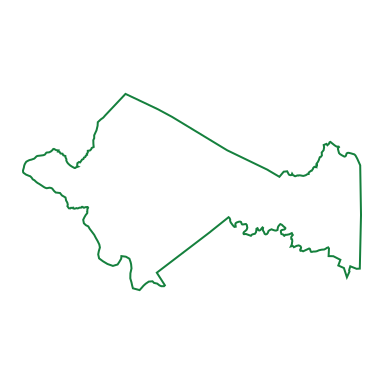 San Bartolo Yautepec, Oaxaca, Mexico
{"feature_id": "50627088B31711328181350", "entity_name": "San Bartolo Yautepec", "entity_type": "district", "adm_level": 2, "iso_a3": "MEX", "parent_name": "Mexico", "parent_adm1": "Oaxaca", "projection": "orthographic", "projection_center": [-95.928, 16.426], "detail": "fine", "context": "isolated", "style": "outline", "palette": "green", "viewbox_px": 384, "rotation_deg": 0, "n_neighbors": 0, "source": "geoboundaries", "source_scale": "gbopen_adm2", "svg_char_len": 5035}
<svg xmlns="http://www.w3.org/2000/svg" viewBox="0 0 384 384"><path d="M360.2,165.3L357.2,158.6L355.5,155.5L354.4,154.4L352.4,153.8L351.1,153.4L348.7,152.8L347.5,152.9L346.6,153.5L345.9,155.7L345.2,156.4L344.4,156.6L342.1,155.4L340.0,154.1L339.0,153.0L337.9,148.9L338.1,148.0L339.0,147.1L338.6,146.6L336.6,146.6L334.7,145.4L332.2,143.4L330.4,141.9L329.7,142.2L329.4,142.5L329.2,143.5L327.4,145.2L326.4,143.9L323.7,145.0L324.1,147.3L323.6,150.2L321.7,152.5L321.9,155.4L320.9,156.8L319.8,157.2L319.1,159.2L318.8,160.1L317.9,161.9L316.5,163.8L316.4,164.6L317.0,164.7L317.0,165.8L315.9,166.5L316.2,167.2L315.3,167.1L314.4,166.8L313.3,167.8L313.0,168.8L311.6,170.8L311.0,170.8L308.7,172.6L308.7,174.0L307.3,174.2L305.8,175.2L303.5,175.9L302.4,175.8L300.5,175.4L298.9,175.3L298.2,175.6L297.4,175.4L296.4,175.8L295.4,176.2L294.6,176.1L294.2,175.7L293.1,175.2L292.7,174.7L292.1,173.7L291.6,175.0L290.8,175.2L289.8,175.0L289.2,174.8L288.8,174.4L287.9,172.7L287.2,171.3L283.7,171.7L279.4,176.8L268.0,170.1L267.8,169.9L227.2,150.3L172.1,116.9L160.2,110.5L158.4,109.5L125.5,93.9L105.3,115.3L103.3,117.6L100.8,119.4L97.8,122.2L97.6,125.7L96.5,130.3L94.2,135.3L94.2,138.2L93.3,140.2L93.4,143.9L93.6,146.2L93.7,147.0L91.7,148.0L91.1,149.4L89.9,150.5L87.8,150.8L87.8,152.6L86.8,153.8L87.1,154.8L85.7,155.7L85.6,156.5L85.1,157.1L83.9,157.6L83.4,159.0L81.9,159.7L81.4,160.6L80.1,162.4L79.0,162.0L77.4,163.2L77.1,166.1L78.1,166.6L75.6,167.5L75.4,167.9L74.5,168.0L72.1,166.7L71.2,166.1L70.5,165.7L69.0,164.4L67.8,163.2L66.9,161.8L66.3,160.5L66.4,159.2L65.5,157.4L65.4,156.0L63.3,155.3L62.5,153.7L60.5,153.5L59.5,151.8L58.0,151.6L58.5,150.4L56.3,150.2L53.9,148.9L52.9,149.3L52.4,150.2L51.6,150.8L50.8,151.5L49.2,152.3L48.4,152.4L47.2,152.5L46.5,152.6L45.8,153.3L45.1,154.4L44.2,154.9L43.3,155.2L41.1,155.5L39.4,155.7L37.7,155.9L36.6,156.3L35.8,157.1L34.3,158.6L31.2,159.7L30.1,159.9L28.7,160.4L26.3,161.7L25.5,162.9L24.7,164.3L24.2,165.7L23.9,167.4L23.6,168.5L23.2,169.8L23.0,170.5L23.1,172.1L23.6,172.9L24.5,173.5L26.0,174.6L29.4,176.0L30.3,176.3L31.4,177.4L32.1,178.3L32.7,179.3L33.4,179.7L34.5,180.3L35.5,181.3L36.3,182.0L37.7,183.1L38.4,183.4L41.5,185.4L43.7,186.9L44.7,187.5L45.4,187.8L46.5,188.2L47.5,188.1L49.4,187.7L50.7,187.9L51.7,188.2L52.5,188.9L53.9,190.8L55.7,192.5L60.0,193.0L61.9,195.4L65.5,197.5L66.1,200.5L67.3,202.6L67.8,204.7L67.4,206.2L68.9,208.3L70.3,208.4L71.0,207.8L71.8,207.9L73.2,207.7L73.3,208.4L74.3,208.7L75.7,208.4L76.5,208.1L77.5,208.4L78.4,208.2L79.3,207.7L81.2,207.6L81.8,206.9L82.7,206.9L83.3,207.6L84.2,207.7L85.3,207.2L86.2,207.1L87.6,207.0L88.1,207.8L87.4,208.9L87.4,209.7L87.3,210.7L87.3,211.6L87.1,211.8L87.3,212.4L87.2,213.2L85.8,214.9L84.4,217.3L83.2,219.8L83.9,223.3L85.9,225.2L88.3,226.4L89.6,228.7L94.2,234.8L95.7,237.7L97.6,241.0L99.3,244.5L99.9,247.5L98.8,251.2L98.2,254.4L99.1,258.4L103.0,261.3L107.5,264.0L112.9,265.9L117.6,264.5L119.5,261.6L121.2,258.7L121.4,256.1L125.9,256.7L129.4,258.7L130.6,262.1L131.1,264.3L131.5,268.4L130.4,273.3L130.3,278.4L131.5,282.5L132.1,285.3L132.9,288.3L139.6,290.1L141.6,287.9L143.5,285.7L145.7,283.7L148.8,281.6L152.5,281.3L154.0,282.9L157.2,283.6L159.5,285.4L161.3,286.2L164.0,286.2L164.9,285.3L156.8,272.7L210.4,231.8L210.7,231.5L228.6,217.2L229.5,218.0L230.2,219.5L230.1,220.7L230.7,222.4L233.0,225.5L234.4,226.9L235.7,226.7L235.6,225.6L235.3,224.2L235.7,223.2L236.6,222.5L238.9,221.7L240.1,221.6L241.0,222.0L241.7,223.9L242.1,224.4L242.8,224.5L245.9,224.0L246.8,225.0L247.3,227.8L246.7,229.6L245.5,230.8L244.0,232.0L243.5,232.9L243.5,233.7L243.8,234.1L244.8,234.1L246.0,234.0L250.9,235.8L251.7,234.8L252.7,234.3L254.9,233.8L256.0,232.2L256.3,230.4L256.5,228.7L257.5,228.2L257.9,229.0L258.4,230.2L259.4,230.5L260.5,230.0L261.6,228.4L262.5,227.4L263.1,227.9L262.8,229.4L263.1,230.7L263.9,231.9L264.3,232.8L264.5,233.6L265.0,234.1L265.8,234.4L266.9,234.0L267.8,232.9L268.5,231.0L269.9,230.0L271.6,229.3L272.7,229.8L274.5,230.4L276.0,230.6L277.5,230.0L277.8,227.9L278.2,226.6L278.9,225.6L280.3,224.1L281.9,224.8L283.0,225.9L284.0,226.8L285.0,227.6L285.4,228.1L285.2,228.8L284.3,229.5L283.2,229.7L281.5,230.2L280.9,230.9L280.9,232.2L281.4,234.0L283.3,234.6L283.9,235.6L284.4,235.8L285.3,234.8L286.8,234.8L289.3,234.3L291.8,233.1L292.2,233.8L292.3,234.5L292.8,235.0L292.3,235.6L291.5,236.5L291.2,237.4L291.3,239.0L292.1,239.3L292.3,241.3L292.0,242.8L292.0,243.3L291.7,244.7L290.9,246.4L292.6,245.9L293.4,246.5L293.9,247.2L295.2,246.6L296.5,245.9L298.7,245.4L299.7,245.8L300.6,246.4L301.1,247.6L300.8,248.7L300.2,249.4L300.2,250.2L300.5,250.8L301.8,250.7L303.1,251.3L307.4,249.3L309.1,248.5L309.8,248.8L310.1,249.5L310.4,250.3L310.6,250.9L310.8,251.5L311.2,251.9L311.9,251.9L313.6,251.5L315.2,251.5L315.9,251.4L316.9,251.2L318.9,250.3L320.6,249.9L321.6,249.7L322.6,249.6L324.2,249.5L325.6,248.8L326.8,247.9L328.2,247.4L328.8,248.5L329.0,247.7L328.6,256.1L333.3,256.2L340.4,259.8L338.3,265.5L343.9,268.0L346.9,277.3L349.5,271.5L349.1,270.4L349.6,268.5L350.0,267.3L350.3,266.3L356.6,268.8L359.8,268.6L361.0,215.0L360.2,165.3Z" fill="none" stroke="#15803d" stroke-width="2"/></svg>